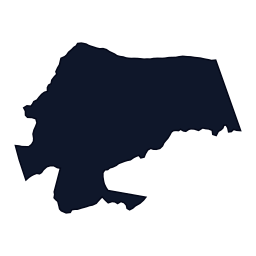 Aguiar, Paraíba, Brazil (Natural Earth projection)
{"feature_id": "56859067B16388053496765", "entity_name": "Aguiar", "entity_type": "district", "adm_level": 2, "iso_a3": "BRA", "parent_name": "Brazil", "parent_adm1": "Paraíba", "projection": "natural_earth1", "projection_center": [-38.219, -7.086], "detail": "fine", "context": "isolated", "style": "filled", "palette": "ink", "viewbox_px": 256, "rotation_deg": 0, "n_neighbors": 0, "source": "geoboundaries", "source_scale": "gbopen_adm2", "svg_char_len": 2379}
<svg xmlns="http://www.w3.org/2000/svg" viewBox="0 0 256 256"><path d="M215.7,60.1L211.4,60.5L208.8,59.8L205.9,59.3L203.4,58.8L200.4,58.1L197.6,57.8L194.6,57.5L190.8,56.9L186.8,56.7L182.8,56.3L178.9,56.8L175.9,57.4L171.2,57.5L168.7,57.6L165.0,58.2L162.3,58.4L157.7,58.3L153.5,58.5L150.3,59.1L146.9,59.0L144.1,59.2L140.6,58.8L137.4,58.5L133.7,58.4L131.5,58.5L128.6,58.3L125.9,57.9L123.3,57.0L119.8,56.5L116.9,55.7L114.6,54.1L112.3,53.0L109.3,51.6L106.4,49.6L103.1,48.6L99.6,48.8L96.6,48.1L93.9,47.2L90.7,46.2L88.5,45.4L86.2,44.1L83.6,43.5L81.2,43.1L77.6,43.5L76.2,45.9L73.8,47.4L71.8,49.5L68.6,52.2L66.6,55.1L64.8,56.6L61.0,58.3L60.1,62.1L59.5,64.7L57.6,67.9L55.9,71.7L56.8,74.2L54.3,76.8L51.8,80.1L51.1,83.7L48.6,85.1L47.4,87.6L47.5,91.4L44.4,92.3L41.7,94.3L39.3,97.0L37.0,100.0L33.8,101.6L32.6,104.0L30.9,106.2L26.9,105.8L23.7,107.8L25.4,111.0L25.5,115.2L27.5,117.3L32.0,117.5L35.9,118.8L37.0,122.9L35.6,126.5L34.0,130.0L33.0,134.0L33.7,138.3L33.5,141.3L31.6,144.5L28.7,146.8L21.8,146.6L19.2,146.0L15.4,145.6L19.2,159.7L25.9,180.0L28.8,177.4L31.5,175.6L33.8,174.4L36.7,173.3L39.5,173.8L41.5,172.5L43.3,169.9L46.7,166.8L50.2,165.7L53.8,165.7L57.3,167.6L60.4,168.2L54.2,191.9L54.7,194.5L54.1,197.8L55.8,199.7L57.8,201.4L59.0,206.1L59.6,208.9L61.3,210.8L66.1,212.9L70.3,212.4L71.7,209.8L74.4,209.3L77.6,209.2L81.7,207.9L84.4,207.2L86.8,206.5L89.3,205.6L92.5,205.0L96.2,203.3L97.9,201.3L100.3,198.7L102.2,196.8L105.3,200.1L108.2,202.8L112.1,201.5L115.1,201.9L117.6,203.5L120.9,201.5L124.2,202.7L126.4,205.2L127.1,208.4L129.6,209.8L132.7,208.2L135.3,205.9L139.9,203.3L143.5,200.1L145.8,197.2L107.9,190.5L106.0,187.6L104.3,184.1L103.6,181.4L102.9,177.0L102.9,172.7L104.8,169.9L107.7,169.6L109.7,167.9L112.8,167.0L116.2,165.4L118.6,163.5L122.3,162.1L124.7,161.2L127.4,160.4L130.4,159.8L133.7,157.5L136.8,156.0L139.0,155.4L140.8,157.9L144.1,157.1L145.4,153.8L147.7,150.0L150.8,148.3L153.2,149.2L156.3,149.3L159.9,148.4L162.5,145.9L163.9,142.8L165.7,140.6L167.8,138.2L169.9,134.8L171.3,132.1L173.4,130.6L176.0,130.4L178.6,130.6L180.5,129.2L183.4,130.9L185.8,131.3L188.8,129.3L191.0,128.8L194.3,129.0L198.6,130.4L202.6,127.9L205.6,128.6L208.6,128.9L212.2,130.3L212.8,134.4L216.2,135.5L218.3,131.4L221.0,129.8L222.8,128.1L223.9,125.2L226.2,125.1L227.8,128.0L228.6,131.9L231.3,131.6L233.6,129.4L236.7,130.3L240.6,130.6L215.7,60.1Z" fill="#0f172a" stroke="#020617" stroke-width="1.5"/></svg>